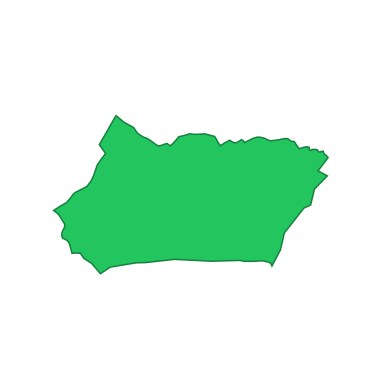 the district of Santiago Lalopa, Oaxaca, Mexico, rotated 60°
{"feature_id": "50627088B8129792994601", "entity_name": "Santiago Lalopa", "entity_type": "district", "adm_level": 2, "iso_a3": "MEX", "parent_name": "Mexico", "parent_adm1": "Oaxaca", "projection": "equal_earth", "projection_center": [-96.254, 17.416], "detail": "fine", "context": "isolated", "style": "filled", "palette": "green", "viewbox_px": 384, "rotation_deg": 60, "n_neighbors": 0, "source": "geoboundaries", "source_scale": "gbopen_adm2", "svg_char_len": 1613}
<svg xmlns="http://www.w3.org/2000/svg" viewBox="0 0 384 384"><g transform="rotate(60 192 192)"><path d="M138.8,321.1L144.4,318.8L156.1,318.3L158.8,320.0L160.3,322.4L162.2,324.9L165.2,326.9L167.7,327.0L169.2,325.7L171.5,324.4L174.5,323.9L178.3,324.7L185.1,326.6L186.6,323.2L189.4,319.3L195.3,318.9L203.7,314.6L216.9,312.2L216.6,306.2L216.2,300.3L225.4,275.8L229.8,267.7L241.6,240.8L261.5,210.0L275.2,184.7L278.3,181.3L278.7,180.3L280.7,177.1L282.5,173.9L284.2,170.6L286.8,165.4L288.6,163.5L290.5,161.3L291.8,160.2L293.3,159.4L296.1,159.8L286.2,144.2L273.7,132.6L261.9,103.2L262.6,95.8L250.7,84.5L245.7,66.7L236.7,72.3L230.3,57.0L227.2,57.4L225.7,58.4L223.7,58.3L222.2,58.0L221.9,59.0L221.4,60.3L221.5,61.3L220.7,62.0L218.0,62.4L216.5,64.4L215.1,66.9L215.4,68.8L214.0,69.3L212.1,68.1L210.2,69.9L209.0,73.4L208.0,77.6L202.5,78.1L199.2,78.2L197.9,80.7L193.6,82.4L192.0,85.1L190.2,90.7L189.1,93.3L186.9,98.4L184.6,100.4L181.3,102.7L178.4,105.9L177.1,108.0L176.1,112.4L175.7,116.9L175.5,121.8L173.0,121.9L171.4,123.2L171.6,125.7L171.5,129.0L170.1,131.2L168.2,132.3L166.0,133.5L165.9,139.2L166.0,144.3L162.6,144.6L158.2,144.5L155.2,144.6L148.1,151.7L145.0,158.0L143.0,161.4L140.3,165.2L139.2,170.6L137.5,175.8L139.1,180.0L140.5,184.4L141.1,187.9L137.4,189.4L135.7,197.7L132.8,199.6L129.3,201.0L123.7,203.7L121.9,205.1L119.8,206.9L113.8,209.8L107.0,210.3L97.8,215.9L87.9,219.6L87.9,219.8L104.7,248.6L115.5,247.6L118.1,254.0L121.2,260.5L128.6,269.0L132.1,274.1L134.5,279.8L134.5,285.0L134.0,293.1L134.5,296.0L136.4,300.1L138.4,306.0L138.4,313.4L138.8,321.1Z" fill="#22c55e" stroke="#15803d" stroke-width="1.5"/></g></svg>